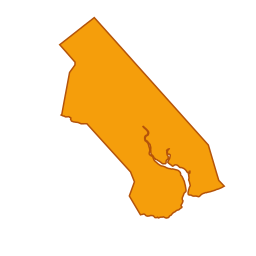 the district of Mbini, Litoral, Equatorial Guinea, rotated 228°
{"feature_id": "11065452B69337055746076", "entity_name": "Mbini", "entity_type": "district", "adm_level": 2, "iso_a3": "GNQ", "parent_name": "Equatorial Guinea", "parent_adm1": "Litoral", "projection": "mercator", "projection_center": [9.733, 1.591], "detail": "fine", "context": "isolated", "style": "filled", "palette": "amber", "viewbox_px": 256, "rotation_deg": 228, "n_neighbors": 0, "source": "geoboundaries", "source_scale": "gbopen_adm2", "svg_char_len": 4710}
<svg xmlns="http://www.w3.org/2000/svg" viewBox="0 0 256 256"><g transform="rotate(228 128 128)"><path d="M235.6,133.0L212.3,132.7L210.3,130.7L208.4,121.8L189.9,97.6L182.4,87.9L182.4,87.0L181.8,87.2L180.1,88.0L179.9,88.2L179.3,88.7L178.5,88.8L178.4,88.8L178.2,88.9L178.1,89.0L177.0,90.3L176.0,91.6L175.0,91.8L174.9,91.9L174.1,92.3L173.6,92.2L173.2,91.5L173.1,91.4L172.9,91.3L172.9,91.2L171.2,90.7L170.9,90.7L170.7,90.8L169.1,91.6L167.1,93.2L165.5,94.6L164.0,95.3L163.2,95.7L162.6,95.9L162.5,96.0L162.4,96.1L158.7,100.3L93.7,100.5L83.7,96.8L76.6,83.5L55.3,79.2L55.2,79.2L55.2,79.3L54.3,80.6L53.9,81.6L53.5,82.1L53.2,82.4L52.6,82.6L52.0,82.7L51.3,82.7L50.6,82.8L49.6,83.4L49.1,84.0L48.6,84.7L48.2,85.4L47.9,86.2L47.2,87.0L46.5,87.5L46.2,87.9L45.2,88.1L44.2,88.1L43.4,88.1L43.0,88.4L42.4,89.1L42.1,89.7L42.0,90.2L41.8,90.4L41.3,90.3L41.0,90.3L40.7,90.6L40.4,91.3L40.2,92.2L39.5,93.1L38.9,93.7L38.5,94.4L38.3,94.9L37.7,95.1L37.0,95.4L36.2,95.7L35.2,96.5L34.8,97.4L34.4,98.1L34.4,98.8L34.7,99.5L34.8,100.3L34.6,101.0L34.4,101.7L34.6,102.9L34.8,104.1L34.7,104.8L34.7,105.6L34.4,106.4L34.2,107.5L34.3,108.6L33.8,110.0L33.4,110.6L33.2,111.1L33.2,112.2L33.2,113.0L33.1,113.8L32.9,114.5L33.1,115.1L33.6,115.4L34.2,115.3L34.7,115.4L35.1,115.7L35.3,116.3L35.7,117.4L36.0,118.2L36.1,118.7L36.5,119.1L36.8,119.7L37.0,120.1L37.7,120.2L38.5,120.5L39.5,121.3L40.1,122.1L40.2,122.5L40.8,123.8L41.3,124.8L41.7,125.4L42.0,126.2L42.1,127.3L42.0,128.1L42.1,128.5L42.8,129.4L43.8,130.1L45.2,131.0L46.0,131.5L46.9,132.1L48.7,133.0L50.8,134.2L52.1,134.5L53.3,135.0L54.8,135.4L55.9,135.7L56.7,135.7L57.7,135.6L58.8,136.5L60.0,137.1L61.6,137.1L62.8,136.9L64.0,136.3L65.5,135.3L66.7,134.5L67.7,133.8L68.4,132.8L69.6,132.1L70.7,131.1L72.8,130.0L74.1,129.6L75.2,129.0L76.3,128.4L77.1,127.7L78.1,127.1L78.9,126.9L79.6,126.7L80.7,126.4L82.1,126.2L83.6,126.1L84.4,125.9L85.4,125.8L86.0,125.8L87.2,126.0L88.7,126.6L89.3,126.8L90.3,127.1L91.0,127.0L91.8,126.6L92.7,126.4L93.6,126.2L94.3,126.3L94.8,126.6L95.2,127.0L95.9,127.9L96.3,128.7L96.7,129.2L97.5,129.7L98.2,130.2L99.4,130.8L100.0,131.0L100.8,131.4L101.8,132.0L102.6,132.3L103.6,132.6L104.6,132.6L105.5,132.6L106.3,132.4L106.7,132.3L107.2,132.2L108.0,132.7L108.7,133.0L109.2,133.5L109.9,134.1L110.3,134.7L110.5,135.4L110.6,136.0L110.4,136.5L110.1,137.2L110.2,137.9L110.6,138.9L111.0,139.5L111.7,140.0L112.2,140.1L112.9,140.3L114.0,140.4L115.2,140.3L116.2,140.2L117.2,140.1L117.9,140.0L118.7,140.1L119.0,140.1L119.0,140.4L118.5,140.6L118.2,140.6L117.7,140.4L117.1,140.6L115.9,140.8L114.6,140.9L113.8,140.9L112.8,140.9L111.8,140.8L110.9,140.4L110.1,139.7L109.7,138.8L109.4,138.5L109.5,137.9L109.5,137.5L109.7,136.9L109.8,136.0L109.7,135.1L109.3,134.6L108.8,133.9L108.3,133.4L107.8,133.1L107.1,133.0L106.1,133.3L105.2,133.5L103.8,133.4L101.8,133.4L101.0,133.4L100.0,132.8L99.0,132.3L98.3,131.9L97.8,131.5L97.0,130.6L95.9,129.8L94.6,128.6L92.9,127.7L91.9,127.8L90.9,127.9L89.7,127.8L89.1,127.6L88.2,127.4L87.4,127.6L86.9,127.7L86.3,127.5L85.0,128.3L83.7,128.5L82.1,129.1L80.8,129.3L79.6,129.6L78.7,129.6L78.0,130.1L77.2,131.0L76.4,132.0L76.6,133.0L77.3,133.6L78.0,134.3L78.3,134.9L78.3,136.1L78.3,137.1L78.7,137.8L79.4,138.3L80.1,138.9L81.5,139.0L82.6,139.6L83.6,140.2L84.9,141.4L85.5,141.7L85.6,142.5L85.5,143.2L85.4,143.9L85.0,144.5L84.9,144.3L84.8,143.3L84.8,142.5L84.4,141.8L84.0,141.5L83.0,140.3L82.4,140.4L81.7,140.4L81.2,140.8L80.7,141.3L79.9,141.4L79.4,141.1L78.9,140.5L78.0,139.2L77.4,138.4L77.0,137.2L76.8,136.4L76.4,135.4L76.1,134.8L75.7,134.6L75.0,134.6L73.9,134.8L73.3,134.9L72.4,135.0L71.2,135.4L70.4,135.4L69.9,135.5L69.5,136.2L69.4,137.2L69.4,137.7L69.2,138.2L68.6,138.9L67.7,139.6L67.0,139.8L65.9,140.0L65.1,140.0L64.1,140.1L63.4,140.6L62.9,141.2L61.7,141.9L61.3,142.0L60.7,142.3L60.0,142.5L58.7,142.7L57.3,142.7L56.5,142.5L55.9,142.4L55.2,142.5L54.7,142.6L54.2,143.1L54.1,143.3L54.0,143.6L54.3,143.8L54.7,144.4L54.7,144.8L54.6,145.1L54.3,145.0L53.8,144.5L53.5,144.2L53.2,143.9L53.1,143.4L53.5,142.8L53.6,142.3L52.3,141.5L51.2,140.7L50.0,139.9L49.4,139.0L48.8,138.3L48.2,138.1L47.1,137.7L46.0,137.1L44.9,136.5L43.6,135.8L43.2,135.0L42.8,133.9L42.1,132.8L41.5,131.7L41.0,131.0L40.5,130.3L39.8,129.4L38.8,128.6L38.1,128.3L37.1,128.8L36.2,129.7L35.3,130.3L34.7,130.3L33.6,131.0L32.9,131.8L32.5,132.4L31.4,133.4L29.9,134.3L29.5,134.8L29.4,135.7L29.4,136.3L29.5,137.7L29.4,138.7L29.1,139.9L28.8,140.6L28.4,141.5L28.2,142.3L27.6,142.8L26.9,144.3L26.3,145.3L25.4,146.9L24.9,148.1L24.1,149.8L23.5,151.2L23.1,152.6L22.5,153.7L22.0,154.8L21.5,156.4L21.1,157.5L20.9,158.3L20.7,159.3L20.4,160.6L28.3,160.4L36.6,164.3L61.6,176.3L131.7,176.5L132.6,176.5L171.3,176.6L189.9,176.7L232.6,176.8L233.5,164.3L234.4,150.3L235.6,133.0Z" fill="#f59e0b" stroke="#b45309" stroke-width="1.5"/></g></svg>